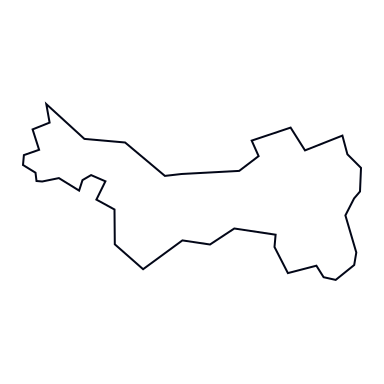 Altinkul, Andijon, Uzbekistan (Equal Earth projection)
{"feature_id": "79887680B88758805168239", "entity_name": "Altinkul", "entity_type": "district", "adm_level": 2, "iso_a3": "UZB", "parent_name": "Uzbekistan", "parent_adm1": "Andijon", "projection": "equal_earth", "projection_center": [72.13, 40.815], "detail": "fine", "context": "isolated", "style": "outline", "palette": "ink", "viewbox_px": 384, "rotation_deg": 0, "n_neighbors": 0, "source": "geoboundaries", "source_scale": "gbopen_adm2", "svg_char_len": 652}
<svg xmlns="http://www.w3.org/2000/svg" viewBox="0 0 384 384"><path d="M356.3,252.5L345.4,215.4L354.1,198.4L360.0,191.5L361.0,167.9L347.4,154.3L342.4,135.6L305.0,150.4L290.6,127.6L251.7,140.6L258.6,156.1L239.2,170.9L181.5,174.0L164.9,175.9L125.1,142.5L84.4,138.9L46.3,104.1L49.6,122.6L32.6,129.4L39.1,149.8L23.9,155.1L23.0,165.0L35.5,172.7L36.5,181.0L42.2,181.5L58.9,178.1L79.1,190.6L82.5,180.1L91.1,175.1L105.4,181.3L96.4,199.6L114.5,209.5L114.8,244.3L143.1,269.2L182.4,240.4L210.0,244.5L234.3,228.5L275.6,234.7L274.5,247.0L287.9,273.1L316.4,265.7L323.6,277.2L335.7,279.9L354.2,265.0L356.3,252.5Z" fill="none" stroke="#020617" stroke-width="2"/></svg>